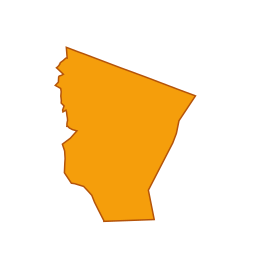 the district of Suleja, Niger, Nigeria, rotated 163°
{"feature_id": "59680162B91872344495309", "entity_name": "Suleja", "entity_type": "district", "adm_level": 2, "iso_a3": "NGA", "parent_name": "Nigeria", "parent_adm1": "Niger", "projection": "orthographic", "projection_center": [7.183, 9.219], "detail": "fine", "context": "isolated", "style": "filled", "palette": "amber", "viewbox_px": 256, "rotation_deg": 163, "n_neighbors": 0, "source": "geoboundaries", "source_scale": "gbopen_adm2", "svg_char_len": 1054}
<svg xmlns="http://www.w3.org/2000/svg" viewBox="0 0 256 256"><g transform="rotate(163 128 128)"><path d="M163.4,223.2L165.7,212.8L166.1,213.1L166.4,212.9L166.9,213.0L167.8,212.6L168.2,212.5L169.1,212.0L169.3,212.0L169.7,211.7L171.0,211.2L173.0,210.5L173.8,210.1L174.1,209.5L174.4,209.1L174.8,209.1L175.4,208.2L177.3,207.1L178.8,206.5L178.4,205.9L174.1,198.3L176.4,197.8L178.6,197.8L179.4,197.1L181.2,192.2L185.1,190.0L180.8,185.5L181.3,182.2L182.9,178.2L183.7,173.9L184.6,171.4L182.7,167.8L185.3,164.3L185.5,162.4L182.1,163.2L182.1,161.3L182.8,157.4L183.0,155.5L183.6,152.8L184.3,151.7L185.3,149.6L185.6,148.4L186.0,147.5L185.2,147.3L184.1,145.2L181.6,142.7L177.7,140.2L186.1,135.1L195.5,131.7L195.3,124.6L197.1,117.1L198.8,112.6L201.9,103.8L198.3,91.8L195.2,90.3L187.5,85.1L184.7,79.4L182.3,74.2L181.7,66.8L180.3,58.4L178.2,46.6L178.4,45.8L129.7,32.8L126.7,62.6L89.6,100.6L83.3,108.7L77.1,120.1L54.1,139.0L69.5,150.8L96.9,172.1L117.6,187.8L131.4,198.5L148.7,211.9L153.8,215.7L163.4,223.2Z" fill="#f59e0b" stroke="#b45309" stroke-width="1.5"/></g></svg>